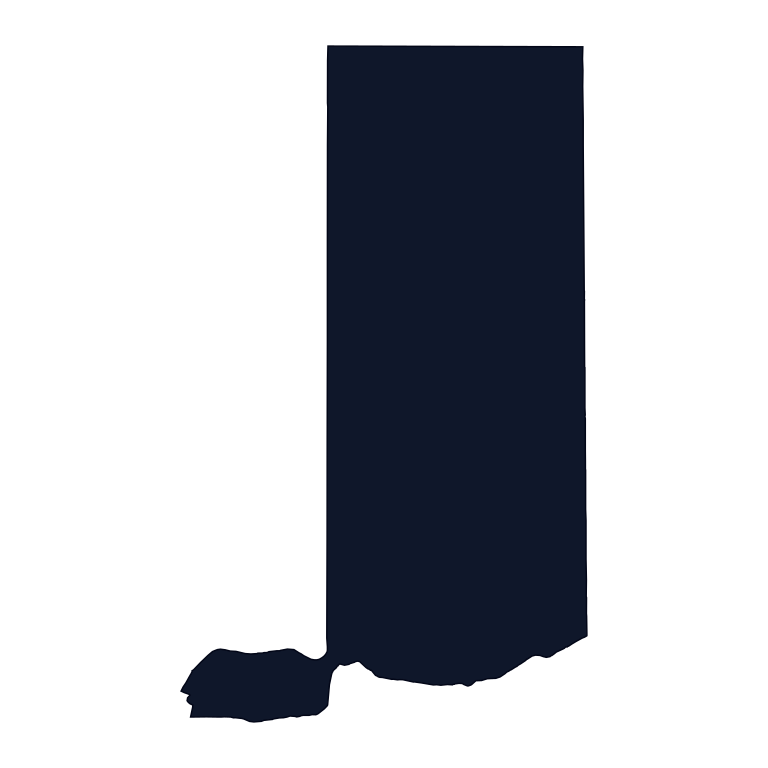 Flores, Petén, Guatemala
{"feature_id": "79465075B29101343458737", "entity_name": "Flores", "entity_type": "district", "adm_level": 2, "iso_a3": "GTM", "parent_name": "Guatemala", "parent_adm1": "Petén", "projection": "orthographic", "projection_center": [-89.621, 17.359], "detail": "fine", "context": "isolated", "style": "filled", "palette": "ink", "viewbox_px": 768, "rotation_deg": 0, "n_neighbors": 0, "source": "geoboundaries", "source_scale": "gbopen_adm2", "svg_char_len": 2910}
<svg xmlns="http://www.w3.org/2000/svg" viewBox="0 0 768 768"><path d="M586.8,635.8L586.9,635.2L586.6,616.1L586.4,613.6L586.5,597.6L586.2,596.3L586.4,580.0L586.0,558.8L586.0,520.5L585.6,509.2L585.6,470.1L585.4,468.8L585.4,460.6L585.3,450.3L585.3,418.6L584.9,416.2L585.2,415.1L584.9,407.9L584.9,367.5L584.6,367.0L584.5,341.7L584.4,301.1L584.6,299.8L584.3,299.1L584.4,291.2L584.2,290.3L583.9,243.6L583.2,145.4L583.2,120.9L582.7,86.4L582.9,70.4L582.5,58.9L582.8,46.8L328.0,46.1L327.6,60.5L327.5,103.1L327.8,107.0L327.5,145.0L327.4,243.6L327.4,342.2L327.2,440.8L327.1,539.4L326.8,638.0L327.4,646.7L327.4,650.3L327.1,651.8L325.7,654.3L323.9,656.3L321.9,657.8L319.3,659.3L316.7,659.9L314.5,659.9L311.0,659.3L303.9,655.8L301.0,653.8L299.1,652.9L293.9,649.6L287.4,649.1L280.5,650.4L279.7,650.8L277.0,650.8L268.9,651.7L268.1,652.2L266.5,652.6L264.1,652.6L262.5,653.1L257.7,653.2L257.2,653.6L250.9,654.0L245.2,653.6L236.0,651.4L230.3,651.1L225.1,649.8L220.4,649.2L217.5,649.6L215.4,650.4L212.5,651.6L208.6,654.9L207.9,655.5L202.5,660.7L200.8,662.3L194.3,669.1L193.3,670.1L192.1,670.7L192.1,671.7L190.9,674.1L190.3,675.0L189.6,676.3L189.0,677.3L187.8,679.5L185.9,682.9L183.2,686.9L181.1,691.1L182.6,691.8L184.3,692.6L189.4,694.4L189.8,694.8L189.9,695.3L187.6,697.8L187.1,700.7L188.4,702.4L190.1,703.8L192.8,705.0L192.7,707.1L191.7,711.8L190.6,717.0L206.5,716.8L219.7,717.0L220.9,717.0L224.5,716.8L230.7,717.0L233.5,717.8L235.3,717.7L241.8,718.4L243.7,718.9L249.6,721.4L253.9,721.9L261.4,721.3L264.0,720.3L272.6,719.4L273.4,718.9L279.3,717.9L283.6,717.7L287.1,717.0L290.0,716.0L295.1,716.4L296.7,716.9L299.9,716.3L300.7,715.8L303.1,715.3L309.2,715.3L312.1,714.6L315.8,714.7L316.7,714.4L318.2,713.6L324.3,708.8L327.0,706.0L327.6,705.0L329.4,684.6L331.5,674.6L332.2,672.2L332.7,671.8L333.1,670.6L336.2,667.8L337.5,665.8L338.1,665.7L338.2,665.2L339.7,663.9L344.5,665.2L349.0,664.3L349.9,663.6L354.5,662.2L355.4,661.6L357.6,661.1L359.7,661.6L365.7,667.2L366.8,668.1L367.3,668.2L367.8,668.8L368.9,669.1L370.6,670.3L371.4,670.3L375.5,675.3L377.9,676.4L378.2,676.8L379.9,677.3L382.2,677.4L391.7,679.3L393.3,679.2L397.4,679.8L399.9,679.6L402.9,679.7L413.5,682.0L414.5,681.9L421.5,682.9L433.3,684.9L436.7,684.7L440.8,685.2L447.4,684.5L452.5,684.8L452.9,684.4L454.5,684.2L454.7,683.9L459.0,683.3L462.3,683.5L463.9,684.5L467.4,685.9L468.8,685.8L469.3,685.5L470.9,685.0L472.0,684.2L475.9,680.7L481.5,680.5L487.3,678.7L490.9,678.5L495.8,678.3L500.1,676.9L504.9,673.7L506.8,672.0L508.6,671.2L510.6,669.9L511.1,669.8L515.8,666.8L516.7,666.5L518.3,665.1L520.6,663.8L525.8,660.3L526.6,659.2L527.2,659.2L532.1,656.0L535.5,655.1L540.0,655.4L543.3,656.6L546.3,657.3L550.0,656.6L550.7,655.9L551.8,655.5L553.8,654.1L557.0,651.5L557.3,651.6L562.9,649.0L564.4,648.2L565.5,647.0L567.3,646.9L567.9,646.2L568.5,646.2L572.1,643.8L576.1,641.4L579.2,639.7L582.3,638.0L584.6,637.1L586.8,635.8Z" fill="#0f172a" stroke="#020617" stroke-width="1.5"/></svg>